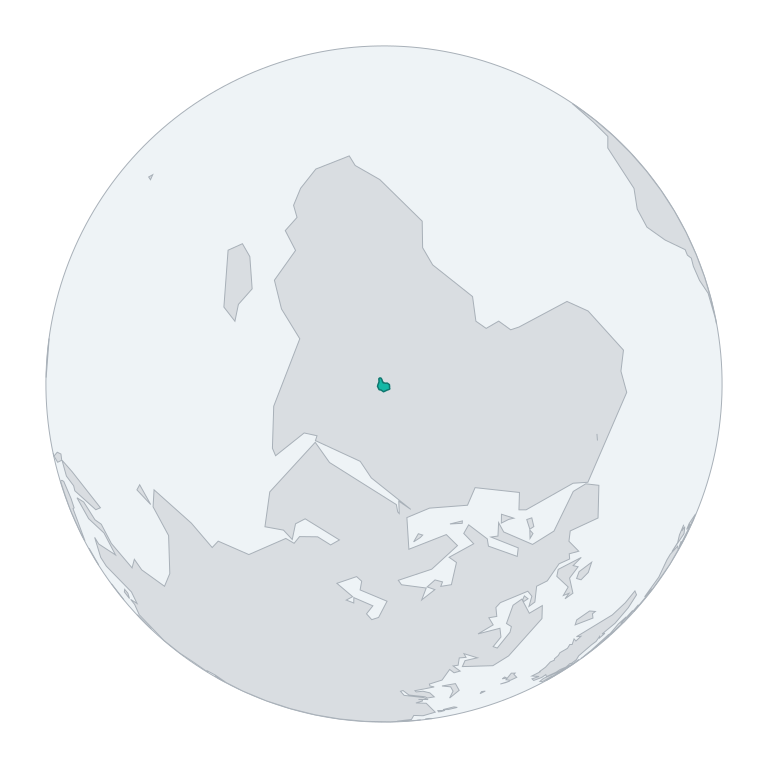 Warrap on an orthographic globe, rotated 159°
{"feature_id": "SDS-872", "entity_name": "Warrap", "entity_type": "State", "adm_level": 1, "iso_a3": "SSD", "parent_name": "South Sudan", "parent_adm1": "", "projection": "orthographic", "projection_center": [28.523, 7.841], "detail": "fine", "context": "on_globe", "style": "filled", "palette": "teal", "viewbox_px": 768, "rotation_deg": 159, "n_neighbors": 0, "source": "natural_earth", "source_scale": "10m", "svg_char_len": 8109}
<svg xmlns="http://www.w3.org/2000/svg" viewBox="0 0 768 768"><g transform="rotate(159 384 384)"><circle cx="384" cy="384" r="338" fill="#eef3f6" stroke="#a8b0b8"/><path d="M271.5,65.4L268.3,66.5L264.4,67.9L271.5,65.4ZM232.8,81.8L231.3,82.6L222.1,87.9L211.4,94.0L207.0,96.8L217.0,91.9L196.7,105.2L182.9,118.4L177.7,122.5L168.0,127.4L168.6,124.2L158.6,132.2L181.8,113.2L206.6,96.4L232.8,81.8ZM157.3,133.4L163.8,128.6L150.6,140.6L148.3,143.3L148.8,143.6L153.6,139.7L149.0,144.5L139.6,151.1L143.6,146.8L146.6,144.4L146.8,143.5L143.1,147.0L157.3,133.4ZM52.1,320.7L52.0,321.4L51.2,325.4L48.9,352.6L52.3,367.6L53.0,383.0L52.0,391.3L54.6,395.6L54.7,401.5L70.0,417.7L82.3,436.2L84.9,456.6L80.5,477.0L90.5,524.1L86.3,534.9L94.6,553.4L107.7,578.2L105.7,575.6L92.6,555.1L81.1,533.7L71.1,511.6L62.7,488.7L56.0,465.4L51.0,441.6L47.7,417.5L46.2,393.2L46.4,368.9L48.4,344.7L52.1,320.7ZM287.5,60.7L289.1,59.9L294.5,58.4L287.5,60.7ZM311.2,54.0L322.7,51.7L309.7,54.4L305.5,55.8L300.6,57.0L308.0,54.7L311.2,54.0ZM322.5,51.8L325.6,51.2L322.8,51.7L322.5,51.8ZM332.0,50.2L327.8,50.9L326.3,51.1L332.0,50.2ZM335.1,49.6L335.3,49.6L338.9,49.1L328.4,50.7L331.9,50.1L335.1,49.6ZM339.9,49.5L327.0,51.5L323.8,51.7L336.8,49.6L339.9,49.5ZM648.4,173.5L648.1,173.2L648.4,173.5ZM643.0,167.0L646.7,172.2L638.9,162.7L645.8,172.7L652.3,180.2L651.7,178.0L661.1,192.0L671.0,205.8L681.3,223.4L695.2,256.3L695.8,267.6L697.7,273.7L693.2,267.6L694.3,280.4L708.5,313.4L710.6,323.6L709.1,344.5L707.7,336.9L695.9,320.6L698.8,345.3L708.0,364.1L711.4,387.8L706.6,381.4L702.5,360.8L698.2,354.4L695.7,332.9L685.1,302.6L679.9,309.8L676.8,297.3L661.4,273.8L651.9,283.8L639.4,319.7L643.6,352.1L636.6,367.6L613.7,323.1L603.0,292.9L595.1,296.7L571.3,273.2L531.0,275.0L525.0,267.5L517.5,271.8L500.7,265.1L491.5,252.9L481.5,254.4L505.9,286.4L516.7,285.2L525.4,271.7L530.2,283.6L546.3,293.4L529.3,324.2L469.1,354.2L463.0,330.2L415.7,267.0L417.0,259.8L416.8,259.0L416.2,257.6L412.2,269.3L403.9,257.3L429.5,300.9L433.9,320.3L468.3,355.7L465.1,359.7L476.1,366.9L510.9,355.9L511.2,364.0L494.9,402.8L446.4,456.4L452.8,490.8L449.1,520.2L418.7,540.4L421.2,562.6L405.5,570.7L404.4,583.2L391.7,596.6L370.6,609.1L334.7,609.4L332.6,598.3L314.7,576.4L290.0,522.3L299.1,497.4L295.9,477.8L270.0,433.9L275.7,409.7L268.7,399.3L254.4,401.6L246.3,389.2L237.6,388.8L183.6,395.5L167.3,379.0L148.3,329.8L158.2,311.1L160.4,289.2L228.9,219.2L243.0,223.6L296.5,215.6L303.1,218.2L296.4,234.2L336.1,254.6L349.5,240.9L386.0,251.8L410.5,251.1L420.0,220.8L379.8,221.1L373.3,206.8L405.8,194.0L441.0,195.6L439.6,190.3L417.7,178.4L426.2,168.9L410.2,173.8L416.4,179.1L406.6,182.8L400.3,178.3L403.5,174.7L393.0,172.5L380.3,191.4L385.3,198.9L357.5,202.7L363.1,215.9L355.4,222.2L343.1,202.4L344.6,195.2L321.4,175.3L317.4,182.9L339.0,202.8L332.1,201.2L326.7,213.5L325.3,203.0L302.8,181.0L278.0,185.8L245.8,215.9L231.4,218.5L219.7,212.4L232.2,182.2L262.8,180.1L267.7,170.9L262.1,158.1L271.9,159.1L273.4,154.1L285.0,153.4L302.1,141.7L314.0,140.5L321.3,126.4L328.4,124.4L322.0,132.9L324.0,139.0L353.7,138.2L359.6,135.3L362.0,126.6L369.9,128.2L368.4,120.0L385.8,117.0L363.3,114.4L365.5,105.9L376.2,99.7L372.9,96.9L355.3,107.1L352.0,111.9L355.5,116.5L342.8,131.2L332.4,133.8L330.5,117.9L315.6,120.4L320.6,108.4L365.1,85.5L383.3,82.0L412.1,92.1L407.5,96.7L394.9,94.9L406.0,103.6L405.4,99.4L411.9,101.3L415.6,94.9L420.5,96.0L415.8,88.7L422.1,89.3L425.0,94.0L435.9,86.8L449.2,87.6L449.3,85.6L445.7,83.2L465.0,86.6L464.3,85.0L457.7,83.2L451.9,79.2L449.2,73.9L456.0,75.3L457.9,77.4L472.2,84.7L476.1,91.0L478.7,91.2L476.8,86.1L459.5,77.1L455.9,73.6L464.9,77.2L461.4,75.6L461.7,74.3L468.5,74.8L459.0,70.8L453.8,59.3L466.4,60.3L475.0,63.9L478.6,61.0L492.5,64.5L486.3,62.5L483.9,61.2L479.5,60.0L476.4,59.0L474.8,58.5L499.0,66.3L522.5,75.8L545.3,87.1L567.1,100.0L587.9,114.6L607.6,130.6L626.0,148.1L643.0,167.0ZM205.0,254.7L203.1,261.1L205.0,254.7ZM478.6,214.0L499.4,214.8L489.5,196.7L496.7,195.8L490.7,190.4L488.7,195.4L473.9,180.9L482.7,175.7L479.9,168.4L472.7,168.0L459.0,180.1L480.1,200.3L475.5,207.9L478.6,214.0ZM52.0,321.3L51.3,325.7L51.3,325.0L52.0,321.3ZM151.2,140.1L151.8,139.8L151.2,141.1L149.2,142.5L151.2,140.1ZM162.2,137.3L154.6,145.2L158.6,140.1L154.3,143.0L157.6,136.7L175.3,124.3L166.7,130.7L162.2,137.3ZM166.8,126.3L162.8,130.8L166.5,126.5L166.8,126.3ZM270.2,130.6L273.9,133.4L269.1,138.9L254.0,143.2L260.8,134.9L270.2,130.6ZM280.3,136.3L282.6,121.0L292.0,118.6L286.3,122.3L292.4,122.3L284.8,128.5L291.6,142.5L287.8,148.5L262.0,151.4L272.5,146.7L268.3,143.8L280.3,136.3ZM271.7,94.8L272.8,90.6L291.9,90.6L288.6,94.7L273.4,98.4L268.2,95.9L271.7,94.8ZM258.1,70.6L257.3,70.8L260.0,69.8L262.9,68.7L258.1,70.6ZM245.4,75.8L246.9,75.4L256.0,71.8L260.5,69.9L274.6,64.4L279.2,62.7L297.6,57.3L298.6,57.0L298.1,57.2L291.6,59.0L295.6,58.0L285.8,60.8L287.8,60.4L264.5,69.5L262.4,69.9L251.2,76.0L241.3,79.8L248.9,75.4L232.9,83.5L235.7,81.2L225.5,86.8L243.4,76.8L245.2,75.9L245.4,75.8ZM351.5,55.7L344.1,55.4L350.6,58.4L340.8,59.4L342.2,59.7L334.8,61.7L328.3,64.9L324.0,65.1L323.3,66.4L318.5,68.1L316.1,70.1L307.4,71.5L303.9,74.2L301.7,73.4L297.9,77.9L296.9,75.3L290.5,77.9L294.9,79.1L253.6,86.6L237.1,93.3L223.9,100.9L223.8,96.7L236.1,87.6L254.1,77.8L270.0,72.5L267.1,72.1L273.8,69.7L273.3,71.0L278.2,67.7L283.6,66.2L299.6,60.5L303.2,57.7L309.2,56.0L310.5,56.4L315.5,54.5L322.0,54.3L326.4,53.3L337.2,52.6L337.1,54.7L342.1,53.5L350.5,53.6L351.5,55.7ZM342.8,49.3L345.0,50.5L340.6,52.0L323.7,52.8L318.8,53.7L307.7,55.3L314.2,53.5L316.8,53.1L320.8,52.3L317.1,53.2L323.0,52.0L326.8,51.6L332.3,50.7L331.5,51.2L342.8,49.3ZM310.9,212.2L316.1,212.9L324.3,212.1L321.0,220.3L310.9,212.2ZM295.2,197.2L299.9,196.2L299.3,206.3L294.0,206.1L295.2,197.2ZM303.0,187.5L300.2,195.4L298.5,191.0L303.0,187.5ZM326.5,131.9L331.6,130.8L331.9,132.8L328.9,135.9L326.5,131.9ZM368.8,68.4L365.2,67.1L366.8,66.4L365.2,62.6L372.3,62.1L376.1,64.2L368.8,68.4ZM412.9,226.0L405.6,231.9L402.0,229.1L405.3,227.6L412.9,226.0ZM360.9,225.9L372.6,229.7L359.9,228.1L360.9,225.9ZM376.3,67.2L374.8,65.5L379.3,66.4L376.3,67.2ZM377.5,61.6L382.9,62.2L373.0,61.6L377.5,61.6ZM528.8,658.4L529.5,661.6L524.9,662.3L528.8,658.4ZM505.9,513.2L481.6,564.8L465.9,565.7L463.6,551.0L473.0,520.1L491.4,510.5L500.7,496.0L505.9,513.2ZM717.7,437.1L717.6,438.0L718.1,434.4L717.7,437.1ZM717.9,435.0L713.5,437.4L710.7,434.4L712.2,428.3L716.7,427.9L717.9,435.0ZM711.9,428.2L706.6,413.9L693.1,370.1L698.1,369.9L710.9,395.1L710.2,400.2L713.5,411.8L711.9,428.2ZM721.9,381.0L721.6,394.3L720.8,409.3L719.2,409.5L717.9,407.8L717.2,389.2L717.7,379.4L719.0,379.1L719.4,344.7L720.4,351.9L721.3,366.1L721.8,376.2L721.9,381.0ZM645.0,355.1L652.6,373.7L648.2,377.5L645.0,355.1ZM716.1,321.8L718.2,336.4L715.2,317.2L716.1,321.8ZM712.6,305.1L712.5,304.6L712.6,305.1ZM700.9,283.0L699.7,285.2L698.1,280.5L698.5,274.9L700.9,283.0ZM689.1,238.8L695.2,252.4L697.1,257.1L693.6,249.0L689.1,238.8ZM435.3,67.3L429.6,72.5L430.3,77.4L438.1,81.3L424.7,78.7L423.6,71.1L435.3,67.3ZM450.8,59.8L443.9,57.4L448.4,57.8L450.6,58.4L450.8,59.8ZM445.6,58.9L434.4,57.5L431.5,55.8L440.9,57.1L445.6,58.9ZM405.3,60.5L403.1,61.9L399.5,61.0L405.3,60.5ZM680.3,546.5L686.2,535.1L686.1,535.4L695.2,515.5L697.1,511.1L680.3,546.5ZM710.0,295.2L704.2,276.1L704.1,275.8L710.0,295.2ZM474.1,58.4L470.1,57.3L472.4,57.9L474.1,58.4ZM460.5,54.8L458.3,54.3L460.5,54.8ZM461.6,55.6L459.4,54.7L465.5,56.5L461.6,55.6Z" fill="#d9dde1" stroke="#a8b0b8" stroke-width="1"/><path d="M383.1,377.2L383.3,377.2L385.8,377.0L387.0,376.9L387.3,377.0L388.8,379.3L390.5,380.4L390.6,380.6L390.9,384.1L390.1,385.3L388.2,387.4L387.8,388.0L387.7,388.2L387.0,390.5L386.9,390.7L386.8,390.8L386.6,390.9L386.4,391.0L386.2,391.1L385.8,391.1L385.6,391.1L385.2,390.9L384.7,390.5L384.4,389.2L384.4,388.4L384.5,387.5L384.5,386.6L384.5,386.3L384.4,386.2L384.2,386.0L384.1,385.9L384.2,385.6L384.2,385.3L384.0,385.2L383.7,385.1L383.0,384.7L382.5,384.3L382.1,384.1L381.8,384.0L380.9,383.8L380.7,383.7L380.2,383.1L379.5,381.9L379.2,381.6L379.6,379.9L379.7,379.6L379.9,379.4L380.0,379.1L380.1,378.8L380.2,377.9L380.3,377.6L380.4,377.4L380.6,377.3L380.7,377.2L381.0,377.2L381.6,377.1L382.6,377.2L383.1,377.2L383.1,377.2Z" fill="#14b8a6" stroke="#0f766e" stroke-width="1.5"/></g></svg>